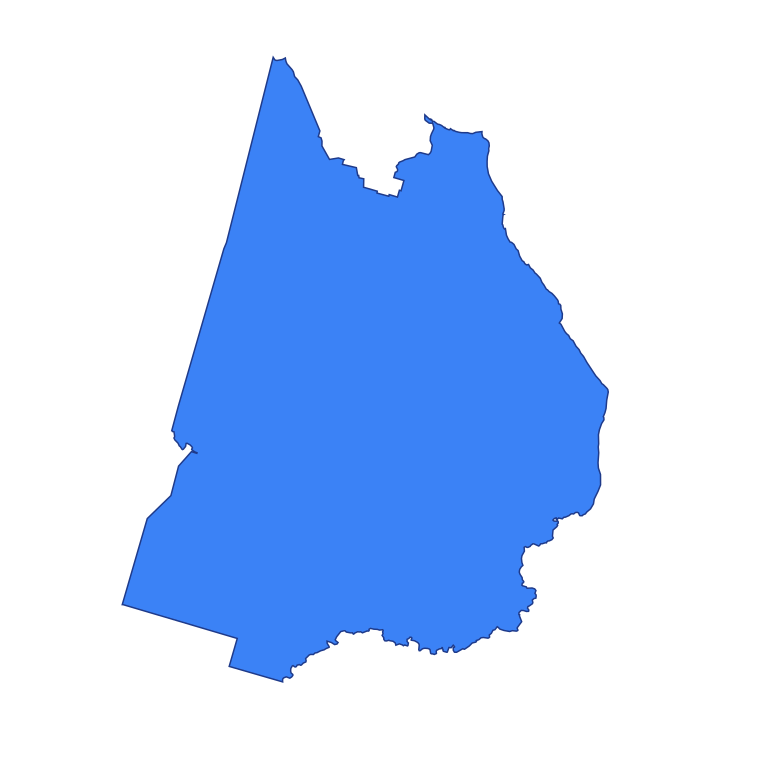 the district of Wyndham, Victoria, Australia, rotated 278°
{"feature_id": "25037944B15313699759774", "entity_name": "Wyndham", "entity_type": "district", "adm_level": 2, "iso_a3": "AUS", "parent_name": "Australia", "parent_adm1": "Victoria", "projection": "mercator", "projection_center": [144.582, -37.893], "detail": "fine", "context": "isolated", "style": "filled", "palette": "blue", "viewbox_px": 768, "rotation_deg": 278, "n_neighbors": 0, "source": "geoboundaries", "source_scale": "gbopen_adm2", "svg_char_len": 6133}
<svg xmlns="http://www.w3.org/2000/svg" viewBox="0 0 768 768"><g transform="rotate(278 384 384)"><path d="M692.1,228.8L502.0,208.3L495.6,206.6L334.0,183.5L308.2,180.3L308.1,180.9L307.5,181.2L307.4,182.7L303.3,183.9L302.4,184.0L301.3,183.5L299.5,184.7L296.7,188.3L294.2,189.9L293.7,190.9L291.2,193.1L291.0,193.6L291.5,194.4L294.5,196.2L297.6,196.3L297.9,197.3L296.7,200.5L295.1,202.5L294.1,203.2L292.6,202.6L292.1,202.9L290.4,206.2L289.9,208.4L289.3,208.3L290.2,202.7L274.1,192.0L243.8,188.5L217.8,168.3L129.1,155.5L129.2,156.3L111.6,274.1L82.8,270.0L74.9,325.1L77.1,324.7L78.3,325.0L79.1,325.7L80.4,327.9L79.6,331.7L81.0,333.3L82.7,334.3L83.7,334.1L84.9,332.2L86.8,331.5L89.3,331.3L92.0,332.4L92.5,333.1L91.5,334.9L91.5,335.9L92.0,336.5L93.6,337.2L93.9,338.3L94.4,339.0L93.9,340.4L94.2,341.3L96.4,342.9L97.9,345.3L99.1,345.4L101.2,344.6L105.3,347.7L106.0,349.0L106.3,351.7L108.1,353.2L108.6,355.0L111.0,358.4L112.5,361.8L113.9,363.4L115.6,366.3L116.3,366.2L119.3,363.8L121.4,363.4L120.7,367.8L119.1,371.4L120.0,373.7L121.6,374.5L123.2,371.8L123.9,371.3L127.1,372.3L132.8,375.6L134.1,378.8L134.2,379.7L133.1,381.2L132.9,385.6L133.2,387.4L132.1,388.4L132.1,388.8L133.4,389.9L135.0,392.4L135.0,394.0L135.4,395.3L134.6,397.3L137.0,401.5L137.2,403.2L137.9,403.6L139.0,403.3L140.1,404.6L139.8,408.1L140.1,411.6L139.7,413.8L140.5,416.9L139.6,417.5L138.3,417.1L136.7,417.8L134.8,417.1L132.8,419.0L131.0,419.4L129.8,420.6L129.9,422.2L130.9,424.5L130.6,425.5L130.5,428.8L129.1,431.2L127.0,432.1L128.8,435.4L128.2,438.6L127.5,439.6L128.4,440.8L127.9,443.7L128.3,444.1L130.9,444.2L132.2,442.7L134.4,442.4L135.3,443.9L136.9,445.0L137.0,446.1L136.3,447.0L135.0,446.5L134.1,446.6L134.0,449.9L132.7,453.4L131.4,454.8L130.3,455.2L125.7,455.4L124.8,456.0L124.9,456.9L127.1,458.9L127.6,459.9L128.0,461.2L128.2,464.2L127.8,466.0L127.2,466.6L123.8,467.7L123.4,468.4L123.5,470.0L123.2,471.5L124.4,473.4L126.7,472.9L127.6,473.2L129.5,475.9L129.8,477.3L131.1,478.2L131.0,478.5L129.9,478.7L129.4,479.4L128.6,479.4L127.6,480.0L127.1,483.3L127.3,484.0L132.1,485.0L132.2,487.2L135.0,488.9L133.7,490.4L133.2,490.4L132.6,489.4L132.0,489.3L129.9,489.7L128.2,491.1L128.5,493.3L132.9,499.0L132.5,500.2L132.6,500.7L136.4,504.9L139.8,507.4L141.2,510.9L142.2,511.4L142.8,511.1L144.0,513.5L146.2,515.4L146.8,517.7L146.8,522.2L147.1,523.0L148.1,523.8L150.1,523.2L152.0,525.0L155.2,526.1L156.2,528.1L159.4,529.9L158.8,531.1L157.4,532.9L156.6,537.2L156.4,542.9L157.6,545.4L157.7,549.4L158.3,550.6L158.9,550.9L160.5,549.9L161.3,549.9L167.8,553.4L173.4,550.3L174.3,550.5L174.7,549.6L176.5,549.5L178.9,551.4L179.1,553.7L178.6,556.7L179.0,558.8L180.3,558.9L182.0,557.3L183.7,557.5L184.4,558.7L187.1,561.6L188.4,561.8L190.7,560.9L192.4,562.4L193.1,564.2L195.2,564.2L196.4,563.9L197.7,562.6L200.6,563.2L202.1,561.7L202.6,559.1L201.7,554.3L201.9,553.8L202.9,553.2L203.5,549.2L203.9,548.6L206.0,548.7L206.7,549.8L207.8,549.9L209.5,548.2L211.6,547.7L214.2,545.4L216.0,544.3L217.3,544.1L219.3,544.2L222.0,545.4L223.7,546.8L226.4,545.4L230.3,544.4L233.2,544.5L238.0,546.3L241.8,545.5L242.7,546.7L242.1,548.4L242.2,549.2L243.5,551.3L244.5,551.7L246.5,553.7L246.5,554.9L245.1,559.7L245.7,560.5L247.5,561.3L247.9,563.1L249.2,565.8L249.3,567.0L250.3,567.2L251.4,568.3L251.7,569.6L253.2,571.9L255.1,573.0L256.7,572.0L262.9,571.7L266.6,574.9L268.1,575.6L269.1,575.0L270.6,575.9L271.8,575.7L273.3,574.4L272.5,574.9L272.2,574.1L271.9,571.7L272.5,570.4L273.0,570.3L274.5,571.4L275.4,573.1L274.9,573.7L274.0,573.5L273.7,574.1L275.6,575.6L275.3,579.3L277.0,580.6L277.4,582.2L279.4,585.5L281.3,587.2L281.7,588.4L281.7,589.9L283.4,591.5L283.8,593.2L283.5,594.5L281.0,596.1L280.9,597.1L281.2,598.7L282.3,599.5L283.4,601.5L285.4,602.6L289.1,605.9L294.4,608.1L299.3,608.2L307.6,610.9L314.2,612.5L324.5,611.0L330.6,608.0L335.8,606.9L345.8,606.2L351.5,604.9L354.6,604.9L363.6,603.4L368.8,603.7L375.1,605.0L379.1,606.8L381.2,606.4L382.1,605.7L386.4,606.8L390.7,607.3L398.9,606.8L407.3,607.2L409.6,606.4L410.6,605.5L413.8,601.4L414.7,599.6L417.4,597.5L421.5,592.6L433.5,582.0L439.0,577.8L442.0,574.5L445.2,572.4L448.1,568.9L453.1,565.3L454.8,562.1L457.8,560.1L459.3,557.7L461.2,555.7L467.8,550.9L468.8,549.1L473.6,551.3L478.3,550.9L482.7,548.8L486.4,548.1L487.5,547.0L487.7,545.7L490.2,545.0L491.5,544.1L494.9,540.5L497.1,537.7L498.5,534.6L500.0,532.8L500.4,531.6L504.3,528.6L506.6,526.3L510.5,524.0L514.1,519.6L514.9,518.1L517.6,515.8L519.4,512.7L522.5,510.5L521.8,508.9L522.0,508.1L522.8,506.7L524.6,505.4L525.3,503.7L529.6,500.5L534.8,498.2L536.2,496.1L540.3,493.3L542.0,490.6L542.1,489.1L545.0,486.7L548.3,484.6L554.7,482.6L554.2,482.0L554.4,481.5L556.0,480.3L558.1,479.5L558.7,478.8L565.5,478.4L568.2,478.4L568.5,478.9L568.6,478.2L569.0,478.0L572.4,478.8L574.2,478.6L580.9,476.5L583.2,475.4L586.1,474.9L591.3,469.5L599.8,462.4L606.7,458.2L613.7,455.9L618.9,455.1L624.1,454.7L629.5,455.4L631.6,454.9L634.5,455.1L637.4,454.4L639.3,453.0L640.9,450.4L640.9,449.7L641.8,448.0L642.6,447.3L645.4,446.1L647.6,445.9L646.0,439.8L644.3,437.0L644.1,434.6L644.5,432.0L643.7,426.0L643.7,423.5L644.1,419.7L644.9,417.9L644.5,417.4L646.1,414.3L644.9,413.7L644.9,412.2L645.8,409.0L646.5,408.8L646.6,408.2L646.3,408.0L648.0,405.1L648.7,402.8L648.8,400.9L651.0,397.0L651.0,395.8L650.5,395.6L652.5,394.4L652.7,393.6L652.0,393.9L652.6,392.2L656.2,387.0L652.1,387.5L650.9,388.2L648.6,392.4L648.9,394.9L648.6,396.1L644.6,397.8L643.1,397.7L638.5,396.2L635.5,395.6L631.3,395.9L627.1,398.6L621.0,398.3L619.0,397.5L617.3,396.1L618.2,388.0L617.9,386.6L616.2,384.5L613.1,382.9L609.1,373.5L607.7,371.7L605.9,368.5L605.0,367.8L603.8,367.7L601.9,366.2L600.9,365.9L598.5,367.6L597.0,367.7L596.1,367.3L595.2,365.7L589.8,365.0L588.3,375.4L577.7,374.0L578.0,372.3L571.0,371.3L572.3,362.8L570.6,362.6L572.1,350.5L574.0,350.5L576.0,336.4L584.4,335.4L584.7,330.6L587.0,329.9L586.8,329.0L594.4,326.5L595.7,312.3L599.4,312.6L600.6,313.3L601.5,307.4L598.8,298.8L611.1,289.4L615.9,288.8L619.0,287.4L619.8,284.5L625.7,285.3L667.4,260.6L673.2,256.2L676.0,252.7L680.6,250.8L682.4,249.3L687.6,243.3L690.1,241.9L693.1,240.9L691.2,238.2L689.5,233.1L689.5,231.6L689.8,230.8L692.1,228.8Z" fill="#3b82f6" stroke="#1e3a8a" stroke-width="1.5"/></g></svg>